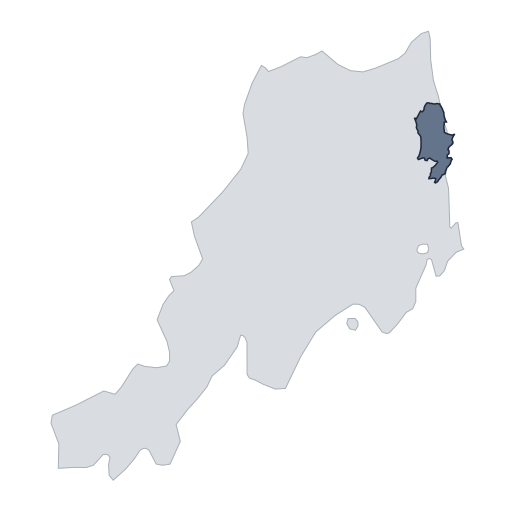 Tashir, Lori, Armenia shown in context, rotated 89°
{"feature_id": "60910142B71035098533409", "entity_name": "Tashir", "entity_type": "district", "adm_level": 2, "iso_a3": "ARM", "parent_name": "Armenia", "parent_adm1": "Lori", "projection": "robinson", "projection_center": [44.248, 41.132], "detail": "fine", "context": "in_parent", "style": "filled", "palette": "slate", "viewbox_px": 512, "rotation_deg": 89, "n_neighbors": 0, "source": "geoboundaries", "source_scale": "gbopen_adm2", "svg_char_len": 5546}
<svg xmlns="http://www.w3.org/2000/svg" viewBox="0 0 512 512"><g transform="rotate(89 256 256)"><path d="M220.8,320.0L216.0,312.6L191.5,288.3L168.8,269.6L153.3,262.0L137.6,262.8L113.3,266.5L104.4,264.9L83.2,256.9L65.6,247.3L68.0,243.3L71.8,240.4L67.3,228.0L57.6,207.9L58.6,201.6L55.6,193.0L52.2,186.4L66.0,170.7L72.4,158.1L73.8,145.8L70.2,133.1L61.1,110.0L55.6,103.3L45.2,97.1L36.5,86.8L34.3,79.6L41.7,78.1L63.1,77.9L83.8,75.5L100.1,70.7L123.6,66.7L133.3,63.1L144.6,61.4L179.0,65.2L191.8,62.3L230.5,61.7L231.5,60.2L226.2,55.4L226.2,53.5L249.2,50.4L252.8,48.1L255.8,55.9L264.5,64.5L274.0,67.9L279.1,72.7L279.3,76.3L262.6,80.6L261.5,82.8L262.6,85.0L267.6,86.0L291.1,96.8L304.4,97.0L311.5,100.3L315.0,106.8L326.3,115.5L335.2,124.1L335.8,127.0L334.1,131.3L309.2,148.0L306.1,153.7L305.8,159.8L316.8,177.9L333.1,197.6L356.6,212.6L388.9,228.9L389.4,239.0L384.4,251.0L380.0,259.1L378.1,264.6L374.2,267.0L342.1,266.5L337.3,268.4L335.2,270.8L335.0,272.8L346.6,276.4L364.7,289.4L375.1,301.9L386.0,307.4L398.1,317.4L407.9,326.7L423.1,338.8L440.0,334.9L462.6,345.6L463.6,352.9L462.3,359.4L448.1,366.5L446.4,369.4L446.4,371.9L448.3,375.4L456.7,381.2L466.5,389.8L477.7,402.7L472.8,406.6L462.5,407.1L454.5,405.5L451.7,408.2L451.9,412.4L462.4,422.2L464.5,429.3L464.2,441.7L464.8,457.4L440.4,456.4L419.5,463.9L411.6,462.4L406.3,449.1L401.8,438.3L388.3,410.6L391.8,399.3L384.4,392.7L366.5,380.9L361.9,376.0L364.4,369.4L366.0,357.1L364.3,347.2L359.5,344.2L350.6,344.1L339.8,346.5L318.1,356.0L303.0,349.9L294.2,343.8L289.2,338.6L277.9,342.9L275.1,340.8L274.5,328.1L271.1,321.2L264.3,313.2L257.9,309.4L234.8,317.3L220.8,320.0ZM256.1,93.2L256.8,88.7L255.7,84.5L251.9,83.2L247.3,84.3L247.0,88.9L248.4,93.2L253.1,95.2L256.1,93.2ZM330.5,163.5L325.2,166.4L320.2,165.1L320.2,158.0L323.8,155.2L327.9,155.3L331.9,157.9L330.5,163.5Z" fill="#d9dde1" stroke="#a8b0b8" stroke-width="1"/><path d="M177.7,66.7L177.4,66.3L177.4,66.1L177.2,65.9L177.0,65.6L176.8,65.4L176.6,65.3L176.3,65.2L176.0,65.1L175.7,65.2L175.3,65.2L175.1,65.1L174.9,65.0L174.7,65.1L174.4,65.0L174.1,64.8L173.2,64.4L172.7,64.1L172.4,64.0L172.1,64.0L171.8,63.9L171.6,63.8L171.2,63.7L170.8,63.6L170.6,63.4L170.4,63.2L170.2,62.8L170.1,62.5L169.8,62.3L169.7,62.1L169.2,61.9L169.0,61.7L168.8,61.5L168.5,61.2L168.3,61.0L168.1,60.9L167.9,60.8L167.6,60.5L167.4,60.3L167.3,60.1L167.2,60.0L166.8,60.0L166.6,60.1L166.3,60.0L166.0,59.8L165.8,59.7L165.5,59.7L165.2,59.7L164.9,59.4L164.7,59.3L164.3,59.3L164.1,59.3L163.8,59.2L163.6,59.1L163.5,58.9L163.4,58.7L163.2,58.5L163.0,58.3L162.7,58.2L162.5,58.3L162.4,58.4L162.3,58.6L162.2,58.8L161.7,58.9L161.3,59.0L161.2,59.1L161.1,59.3L161.1,59.6L161.1,60.0L161.1,60.4L161.2,60.6L161.3,61.0L161.4,61.4L161.3,61.6L161.2,61.7L161.2,61.8L161.1,62.1L161.2,62.3L161.3,62.6L161.4,62.9L161.4,63.2L161.3,63.3L161.1,63.2L160.7,63.2L160.3,63.2L160.0,63.0L159.8,62.9L159.6,62.9L159.2,62.9L159.1,63.0L158.7,63.0L158.3,62.9L158.1,62.7L157.8,62.3L157.7,62.0L157.5,61.8L157.5,61.7L157.3,61.6L157.1,61.3L156.9,61.3L156.5,61.2L155.8,61.1L155.4,61.1L154.4,61.2L154.2,61.2L153.8,61.4L153.3,61.7L153.1,61.9L152.9,62.3L152.5,62.0L152.1,61.8L151.7,61.7L151.4,61.6L151.0,61.6L150.9,61.4L150.6,61.2L150.3,61.0L150.1,60.7L149.9,60.6L149.5,60.1L149.2,59.8L149.0,59.5L148.1,58.3L147.8,58.0L147.7,57.9L147.4,57.9L147.2,57.8L147.2,57.6L147.1,57.4L146.8,57.3L146.5,57.3L146.4,57.1L146.1,57.0L145.8,57.2L145.5,57.4L145.3,57.5L145.0,57.4L144.7,57.3L144.3,57.5L144.2,57.6L144.0,57.8L143.7,57.8L143.2,58.0L142.9,58.0L142.6,58.0L142.4,57.9L142.2,57.8L142.0,57.6L141.7,57.6L141.3,57.5L140.9,57.3L140.6,57.1L140.1,56.9L139.8,56.6L139.5,56.5L139.2,56.4L138.6,55.9L138.3,55.7L138.1,55.5L137.9,55.5L137.9,55.8L137.9,56.2L138.1,56.7L138.3,57.0L138.5,57.4L138.6,57.8L138.5,58.2L138.3,58.6L138.2,59.3L137.9,60.2L137.7,60.9L137.6,61.4L137.4,61.8L137.3,62.1L136.8,63.3L136.8,63.6L136.5,64.1L136.0,64.8L135.7,65.2L135.5,65.5L135.2,65.5L134.9,65.6L134.5,65.6L134.3,65.6L134.0,65.5L133.8,65.5L133.7,65.5L133.3,65.6L133.0,65.7L132.5,65.7L132.2,65.8L131.9,65.8L131.4,65.9L131.1,65.9L130.7,65.9L130.4,66.0L130.0,66.0L129.1,65.8L128.4,65.6L127.7,65.5L127.1,65.5L126.4,65.5L125.8,65.6L125.5,65.5L125.4,65.2L125.4,64.8L125.4,64.7L125.3,64.0L125.3,63.3L125.3,63.2L124.9,63.3L124.7,63.5L124.2,63.8L124.0,64.0L123.6,64.2L123.3,64.3L123.1,64.5L122.8,64.5L122.4,64.6L122.0,64.7L121.5,64.8L121.2,65.0L120.7,65.2L120.1,65.2L119.9,65.3L119.6,65.4L119.1,65.4L118.6,65.5L118.3,65.6L117.7,65.7L117.3,65.7L116.7,65.6L116.3,65.6L116.0,65.7L115.8,65.9L115.5,65.9L115.0,66.0L114.2,66.3L113.6,66.7L113.2,66.9L112.8,66.9L112.4,66.9L112.0,67.1L111.7,67.4L111.2,67.6L110.8,67.9L110.5,67.9L110.0,68.1L109.8,68.2L109.6,68.4L109.4,68.7L109.2,68.9L108.9,68.9L108.4,69.1L108.1,69.3L107.8,69.7L107.2,69.6L106.7,72.4L107.1,74.5L107.1,75.7L106.4,77.8L106.6,79.2L105.9,80.3L106.0,82.6L108.9,84.6L111.0,85.4L112.4,85.4L114.3,86.7L114.8,87.5L113.9,89.0L121.8,93.4L120.9,94.6L121.1,95.0L125.1,93.6L127.7,93.0L130.4,93.4L131.9,92.9L133.4,91.9L135.8,91.9L137.7,90.4L139.5,89.2L142.7,89.0L146.7,89.0L149.3,89.1L151.5,89.3L153.8,89.8L156.7,90.6L158.8,91.4L160.6,92.7L161.4,92.8L162.4,91.8L161.5,89.5L161.0,87.9L160.8,86.7L161.1,85.9L162.5,85.4L163.3,85.2L163.6,83.2L161.8,82.4L161.1,80.4L162.1,79.3L163.0,77.8L164.4,75.5L164.4,73.1L165.7,72.8L166.4,73.6L168.5,75.1L170.2,77.1L171.1,78.6L171.1,79.0L174.5,79.2L175.9,79.5L176.5,80.2L178.8,80.2L179.7,81.1L180.4,81.6L181.7,81.8L181.6,79.5L181.4,78.2L181.1,76.7L181.8,75.0L183.4,75.3L185.4,76.2L186.1,75.3L185.0,73.3L182.7,71.7L180.5,69.7L178.3,68.6L177.7,66.7Z" fill="#64748b" stroke="#1e293b" stroke-width="1.5"/></g></svg>